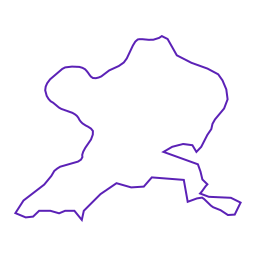 outline of Fingal
{"feature_id": "IRL-5574", "entity_name": "Fingal", "entity_type": "County", "adm_level": 1, "iso_a3": "IRL", "parent_name": "Ireland", "parent_adm1": "", "projection": "equal_earth", "projection_center": [-6.266, 53.497], "detail": "fine", "context": "isolated", "style": "outline", "palette": "violet", "viewbox_px": 256, "rotation_deg": 0, "n_neighbors": 0, "source": "natural_earth", "source_scale": "10m", "svg_char_len": 1431}
<svg xmlns="http://www.w3.org/2000/svg" viewBox="0 0 256 256"><path d="M161.8,36.1L167.6,39.0L176.8,55.3L191.4,62.8L207.5,68.6L218.2,74.3L222.5,80.4L226.3,89.4L227.6,99.3L224.1,108.5L215.0,119.4L212.5,123.8L211.3,129.1L207.4,134.8L201.2,146.9L196.4,151.9L192.4,145.2L183.0,144.0L172.2,146.8L163.5,151.9L197.9,164.3L200.5,171.6L202.4,179.5L207.4,184.3L205.5,186.4L202.0,191.3L200.1,193.5L208.8,196.8L230.9,197.8L240.6,202.6L234.7,214.6L227.9,215.0L220.6,210.2L213.1,207.2L210.9,205.6L204.2,199.1L202.1,197.6L197.0,198.4L187.7,201.8L183.8,179.9L151.8,177.4L143.8,186.6L131.2,187.4L116.5,183.2L100.5,194.1L83.8,210.8L81.8,219.9L74.4,210.8L65.1,210.8L59.1,213.3L50.4,210.8L39.1,210.8L33.1,216.6L25.7,217.4L15.4,213.1L23.5,200.5L44.2,184.6L51.3,176.0L54.3,170.9L57.3,168.5L60.2,166.7L78.0,161.6L81.0,159.6L82.4,157.1L82.2,154.9L83.2,151.7L85.3,147.8L91.0,139.5L92.8,134.6L92.9,131.0L91.0,128.6L87.9,126.6L85.7,125.5L82.5,123.4L80.8,121.7L79.4,119.8L78.3,117.7L76.8,115.8L74.9,114.3L72.5,112.9L61.3,108.9L59.0,107.6L53.1,102.7L50.7,101.3L48.6,99.0L46.7,95.9L45.2,90.3L45.7,86.6L47.2,83.2L50.1,79.3L62.3,68.9L65.2,67.4L72.0,66.6L79.3,66.9L82.4,67.8L85.0,69.2L86.6,70.9L88.1,72.8L89.4,74.7L90.9,76.6L92.9,78.0L95.8,78.2L98.7,77.5L101.3,76.4L109.2,70.4L118.8,66.0L123.8,62.5L126.8,58.4L132.9,45.5L135.3,41.6L137.7,39.5L139.3,39.2L142.4,39.2L148.7,39.8L153.4,39.7L159.1,37.9L161.8,36.1Z" fill="none" stroke="#5b21b6" stroke-width="2"/></svg>